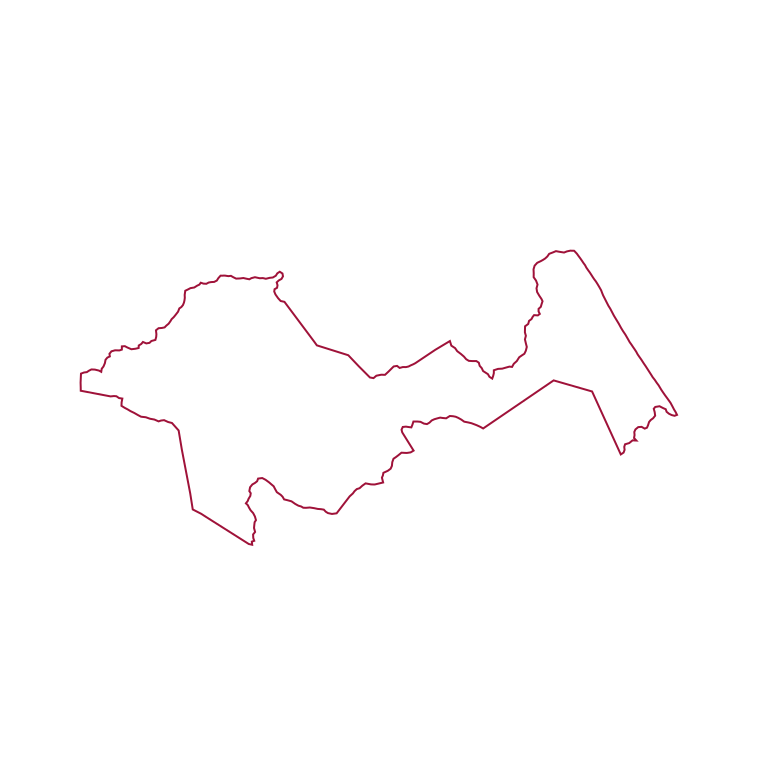 the district of Entre Rios, Bahia, Brazil, rotated 296°
{"feature_id": "56859067B60526671351349", "entity_name": "Entre Rios", "entity_type": "district", "adm_level": 2, "iso_a3": "BRA", "parent_name": "Brazil", "parent_adm1": "Bahia", "projection": "robinson", "projection_center": [-38.013, -12.095], "detail": "fine", "context": "isolated", "style": "outline", "palette": "rose", "viewbox_px": 768, "rotation_deg": 296, "n_neighbors": 0, "source": "geoboundaries", "source_scale": "gbopen_adm2", "svg_char_len": 5242}
<svg xmlns="http://www.w3.org/2000/svg" viewBox="0 0 768 768"><g transform="rotate(296 384 384)"><path d="M181.7,336.0L184.4,334.3L186.2,336.1L188.3,334.0L191.4,332.3L194.5,333.0L197.6,330.3L200.8,329.1L203.1,328.3L205.5,328.6L208.3,326.1L210.6,323.0L212.0,319.5L213.7,316.9L215.4,314.7L216.2,312.2L219.1,312.8L221.4,312.6L224.8,312.9L227.4,312.1L228.7,309.9L232.5,308.9L236.0,309.7L238.5,311.4L241.0,312.6L243.8,312.3L246.1,315.8L246.0,319.5L245.2,323.9L244.5,326.5L243.7,329.7L241.9,332.1L239.8,335.1L239.1,339.8L238.2,342.3L236.5,344.8L237.2,348.0L238.0,352.3L237.3,356.7L237.1,360.4L237.6,363.2L237.4,365.7L238.6,368.3L240.5,371.5L241.8,375.7L242.7,379.3L243.9,382.3L244.7,385.0L243.7,387.6L243.4,390.2L244.4,394.2L247.0,398.1L268.0,402.4L272.0,404.0L274.8,404.5L277.6,405.6L279.6,407.7L283.1,409.1L286.6,411.0L287.4,413.9L288.1,416.4L289.6,419.7L295.1,426.4L298.9,423.2L301.3,423.1L303.9,422.4L307.7,425.5L310.8,427.1L313.9,427.0L317.4,425.7L321.0,425.3L323.4,426.7L326.2,428.1L329.9,429.8L332.0,434.7L334.2,437.9L337.1,439.8L348.5,421.6L350.6,419.8L353.6,419.7L355.3,422.4L356.2,425.3L357.0,427.6L359.7,427.4L363.2,426.9L364.8,430.2L366.0,433.4L365.9,437.2L366.8,440.2L369.2,441.8L372.2,442.9L374.4,444.7L376.4,446.9L378.4,449.2L379.2,451.7L380.4,454.9L384.1,457.2L385.3,460.2L386.0,462.8L386.1,465.6L385.9,469.1L385.3,472.6L386.4,476.7L387.1,479.9L387.6,485.3L387.7,489.5L387.5,492.6L461.6,534.9L468.5,574.3L424.5,627.7L427.4,629.4L430.3,629.1L432.8,627.5L435.5,627.1L438.4,630.3L442.3,632.1L443.8,635.6L445.1,632.4L447.9,631.6L450.6,630.0L453.4,629.9L456.7,631.4L458.4,634.3L458.2,637.9L460.0,639.5L462.7,639.4L466.0,638.9L468.5,639.5L471.2,640.9L474.4,641.6L477.4,639.6L480.0,637.3L482.3,637.9L484.8,641.4L484.7,645.2L484.8,648.3L482.9,650.2L482.2,653.2L482.2,656.2L482.8,659.1L484.7,660.9L486.7,658.3L488.2,655.9L490.0,653.5L492.6,649.9L495.0,645.5L497.2,641.3L499.0,638.1L500.4,635.7L501.7,633.7L503.2,631.4L504.7,628.5L506.4,625.6L507.9,622.5L509.3,620.3L511.0,617.5L513.0,614.2L514.7,611.4L516.4,608.4L518.7,604.6L520.4,601.5L521.8,599.0L523.6,596.5L525.2,593.8L526.6,591.3L527.9,589.1L529.3,586.5L531.3,583.6L534.2,579.3L536.4,575.5L538.4,572.4L541.1,568.6L543.8,564.4L546.2,560.7L548.7,557.3L550.9,554.3L552.7,551.4L555.1,548.2L557.6,544.9L559.7,542.1L561.6,540.0L563.4,538.1L565.6,534.9L567.5,532.0L569.1,529.4L570.2,527.2L571.4,525.1L573.0,522.5L574.5,520.0L575.7,517.7L577.4,514.7L578.9,512.7L580.2,510.2L581.5,508.0L583.0,505.3L584.5,502.4L585.7,500.2L587.1,496.5L585.5,493.0L583.3,490.2L581.1,488.2L580.3,485.6L579.6,483.3L578.8,480.3L576.5,478.3L573.4,475.4L570.2,474.9L567.4,473.8L565.1,472.4L563.1,471.0L560.1,468.6L556.4,467.5L552.7,468.1L549.0,470.1L545.6,471.7L543.6,475.3L540.7,478.4L536.9,479.1L533.8,481.3L531.4,484.9L529.5,488.2L527.9,490.2L525.0,490.6L522.1,491.1L519.3,490.0L517.0,491.1L515.3,493.3L513.1,492.2L511.7,488.7L509.6,488.2L507.0,488.1L504.3,486.7L501.2,487.3L497.7,485.5L494.8,486.8L492.2,488.0L489.5,490.4L485.9,491.1L482.6,493.8L479.9,496.1L476.0,496.9L472.7,496.9L470.2,495.4L467.3,493.8L462.8,493.3L459.1,491.8L455.5,491.6L454.6,489.1L452.3,486.5L449.6,483.5L447.6,479.9L444.5,476.7L441.8,478.0L439.0,478.6L436.3,478.9L436.7,475.6L438.4,473.1L438.7,470.6L439.1,467.4L441.1,464.9L442.3,462.0L444.7,459.9L445.1,457.0L443.4,453.5L442.0,450.1L442.3,447.0L443.7,443.8L444.7,440.0L445.6,435.4L447.4,432.2L448.0,427.7L451.5,424.4L437.2,415.1L416.4,403.0L414.5,401.6L412.4,399.8L410.5,398.4L408.8,396.3L407.4,393.4L405.3,391.0L406.0,387.8L404.0,385.0L397.1,382.6L392.7,380.9L391.1,377.4L388.1,373.5L384.7,372.0L383.7,368.5L388.9,353.5L394.2,339.3L389.3,306.7L391.2,303.2L414.2,258.5L413.3,254.7L414.7,251.2L416.9,247.2L419.0,244.8L421.2,244.1L423.6,245.7L426.1,245.0L428.3,243.0L431.1,244.1L433.5,245.8L436.5,246.0L438.8,244.3L439.2,241.1L436.7,239.6L433.9,239.3L431.0,237.4L429.3,234.7L426.8,231.7L426.1,228.7L424.6,226.0L423.4,221.2L421.0,218.4L419.1,217.1L418.3,214.1L417.6,211.1L415.8,208.4L413.9,204.9L413.9,201.8L414.1,199.0L412.7,196.8L411.7,193.5L409.7,189.6L406.5,188.7L403.7,188.4L401.3,186.6L399.8,183.9L398.3,181.9L396.2,180.4L395.1,177.8L394.7,174.9L392.4,174.5L390.4,172.9L387.6,171.2L385.3,168.0L383.1,166.4L380.7,164.5L376.7,165.8L374.1,167.2L371.7,168.0L369.6,168.5L366.8,168.7L364.3,168.1L362.2,166.9L358.7,167.2L354.4,166.3L351.9,165.7L349.2,164.7L346.8,164.5L343.8,164.0L340.9,162.7L338.7,162.0L337.0,159.8L335.3,156.9L332.3,155.5L329.0,157.6L326.5,158.6L323.4,159.2L320.7,156.1L318.2,155.2L316.3,152.6L316.1,148.9L313.6,148.3L311.1,146.7L308.8,147.7L306.7,145.1L304.5,141.7L304.3,137.3L304.4,134.5L302.9,131.9L300.0,133.3L298.2,131.5L296.4,127.5L293.9,124.7L290.8,124.0L288.6,125.5L286.5,123.8L283.7,123.1L280.4,124.0L276.7,124.2L274.0,123.6L271.0,124.5L271.1,121.9L270.2,117.8L268.8,114.6L266.5,112.9L264.4,111.7L262.9,109.4L260.5,107.1L252.2,110.7L248.0,112.9L245.0,114.4L253.0,143.7L254.8,146.6L255.7,148.9L255.2,152.0L256.2,155.2L252.5,156.2L249.3,157.6L248.9,161.4L248.8,164.8L248.5,168.0L248.5,172.2L248.2,176.7L248.1,180.0L249.7,184.5L250.2,188.9L251.4,193.2L251.6,197.8L253.4,199.6L255.1,202.2L255.2,206.6L256.0,210.5L252.2,219.8L236.5,231.0L200.7,257.8L187.4,267.1L187.2,276.6L186.5,282.4L180.9,332.7L181.7,336.0Z" fill="none" stroke="#9f1239" stroke-width="2"/></g></svg>